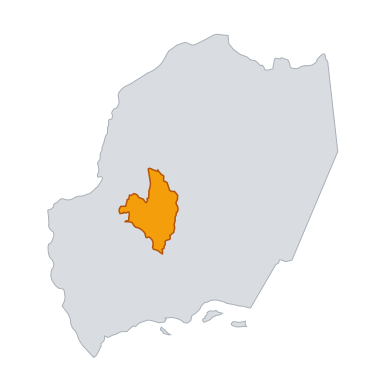 location of Iringa within United Republic of Tanzania, rotated 84°
{"feature_id": "TZA-3386", "entity_name": "Iringa", "entity_type": "Region", "adm_level": 1, "iso_a3": "TZA", "parent_name": "United Republic of Tanzania", "parent_adm1": "", "projection": "albers", "projection_center": [35.62, -7.961], "detail": "fine", "context": "in_parent", "style": "filled", "palette": "amber", "viewbox_px": 384, "rotation_deg": 84, "n_neighbors": 0, "source": "natural_earth", "source_scale": "10m", "svg_char_len": 6039}
<svg xmlns="http://www.w3.org/2000/svg" viewBox="0 0 384 384"><g transform="rotate(84 192 192)"><path d="M138.8,277.1L134.3,274.7L130.2,273.3L126.8,271.7L125.3,270.2L122.2,269.6L119.4,269.4L116.9,267.9L111.8,267.4L111.2,266.5L111.1,264.3L110.2,263.7L108.3,263.2L106.3,263.3L105.0,263.6L104.3,263.4L102.6,262.2L101.0,260.6L100.4,258.0L98.0,256.4L95.3,255.1L87.7,255.3L86.6,254.9L84.7,253.7L82.6,251.5L80.9,249.1L79.4,245.8L77.8,241.3L68.9,223.4L67.9,220.0L66.2,216.3L63.3,211.7L60.3,208.3L56.3,205.2L51.7,202.2L49.2,200.1L44.4,191.7L43.4,187.8L42.6,183.7L42.9,182.0L45.8,176.7L46.0,175.2L45.6,173.2L44.1,169.0L42.2,163.9L38.4,154.7L37.8,152.4L37.8,150.6L39.9,141.1L39.8,139.8L48.6,139.8L54.9,135.6L60.4,129.4L61.5,126.8L63.7,122.8L65.9,120.8L66.8,119.4L68.0,115.4L70.9,112.7L73.7,110.6L73.1,109.2L73.5,108.6L75.1,107.6L78.1,106.6L78.7,104.5L78.6,102.2L78.1,100.9L78.2,99.4L77.7,98.5L75.8,98.3L72.8,97.2L70.3,96.7L68.6,96.1L68.0,95.6L67.7,94.2L69.1,90.5L67.7,89.1L70.6,83.1L71.2,82.3L72.3,82.2L74.1,81.6L75.7,81.3L77.0,81.5L78.0,81.2L78.9,80.5L79.6,78.5L80.2,75.1L79.8,72.3L78.5,70.2L78.1,67.0L78.6,62.6L78.2,59.0L76.7,56.1L75.3,54.4L73.0,53.6L69.5,49.3L68.4,47.1L68.6,45.8L69.8,45.2L72.0,45.4L74.1,44.9L76.0,43.6L77.9,43.3L78.9,43.4L167.0,42.8L269.8,99.5L270.2,100.2L271.0,105.1L270.8,106.8L269.2,109.6L268.7,111.1L268.7,112.1L269.1,112.5L270.4,112.7L271.6,113.3L272.0,113.9L272.8,116.0L274.0,117.1L312.6,145.3L313.5,145.7L312.9,148.0L310.7,153.7L310.5,156.1L309.7,158.9L308.8,160.7L306.5,168.7L304.6,171.7L302.0,178.7L301.6,184.0L303.0,187.8L303.4,191.3L306.4,194.8L308.8,196.1L310.4,197.7L313.2,201.3L314.8,204.9L319.9,206.7L321.9,210.8L321.1,213.6L318.7,215.9L316.5,219.6L314.7,224.5L314.5,232.1L315.8,230.9L318.4,232.8L318.7,238.4L315.9,244.8L315.0,247.8L314.9,250.4L316.8,258.1L319.8,262.1L319.6,263.3L318.8,264.4L324.0,271.4L323.5,277.4L325.4,282.2L326.2,286.3L327.5,289.4L327.7,291.6L326.0,293.9L329.9,294.6L332.1,296.6L333.1,298.5L335.9,298.4L337.3,299.7L339.5,300.8L344.2,304.0L345.5,305.6L346.2,307.1L333.1,316.9L328.3,319.4L324.9,320.5L321.3,321.2L317.9,322.7L314.7,325.1L310.5,326.3L305.5,326.3L300.2,328.0L291.9,333.0L287.0,330.2L283.2,329.2L278.9,329.3L276.2,329.6L275.2,330.3L274.4,332.0L273.7,334.8L270.8,337.6L265.8,340.2L261.1,341.2L256.9,340.5L254.1,339.4L252.6,337.8L250.4,337.1L247.5,337.2L244.7,338.3L242.0,340.4L237.8,341.2L231.9,341.0L228.8,340.0L228.4,338.2L225.8,336.2L221.1,333.9L217.7,333.9L215.5,336.1L213.4,337.5L211.6,338.0L210.0,338.1L207.6,337.5L201.2,337.3L195.0,337.4L194.4,334.2L193.1,332.2L192.0,331.1L189.9,330.8L189.3,329.9L188.6,327.9L187.6,326.2L186.2,324.8L185.4,323.5L185.1,322.3L185.3,321.0L186.6,317.7L187.0,315.5L186.8,313.2L186.1,310.8L184.7,308.0L184.8,307.2L184.3,305.3L184.3,304.0L184.6,302.3L184.3,300.1L183.0,295.4L183.0,294.2L181.7,292.0L177.6,286.6L177.4,285.9L171.0,280.5L168.4,279.4L167.5,280.4L167.1,281.3L167.4,283.1L167.3,283.9L167.0,284.3L165.5,284.3L164.5,284.1L162.1,282.6L160.2,282.3L155.5,282.6L153.9,282.9L152.6,282.6L150.1,280.1L147.2,279.6L144.6,279.5L140.3,276.7L138.8,277.1ZM320.8,187.1L322.8,193.1L322.5,194.2L321.0,194.8L320.3,194.9L319.3,193.9L318.7,191.9L317.5,192.4L315.6,190.0L313.7,189.8L312.0,187.0L312.7,184.5L312.4,180.2L314.5,178.1L315.7,174.4L317.0,176.9L317.3,180.8L319.0,185.4L320.8,187.1ZM331.4,151.8L331.5,153.2L331.1,154.6L331.1,158.8L330.9,161.6L329.3,165.4L328.0,166.8L326.8,166.4L325.9,165.7L325.2,164.7L326.7,157.6L326.0,152.4L329.0,152.9L331.4,151.8ZM326.2,237.5L324.7,237.8L324.1,237.5L323.2,236.3L324.8,235.3L326.4,233.4L330.0,230.6L331.7,228.4L331.5,230.6L329.4,235.4L327.6,235.7L326.2,237.5Z" fill="#d9dde1" stroke="#a8b0b8" stroke-width="1"/><path d="M236.9,220.0L237.5,222.8L238.0,223.6L238.8,224.0L239.2,224.0L239.8,223.9L240.1,223.9L241.4,224.2L242.0,224.5L242.5,224.9L242.7,225.2L242.8,225.3L243.5,225.4L244.0,225.6L244.7,225.7L245.2,225.8L245.3,225.9L245.5,226.0L245.5,227.1L245.6,227.4L245.8,227.7L246.3,227.9L246.7,227.8L247.1,227.6L247.5,227.5L249.1,227.6L249.5,227.8L249.9,227.8L250.4,227.9L249.1,229.7L247.1,231.6L245.8,233.9L244.8,236.4L242.7,237.0L240.3,236.2L237.7,236.0L235.2,236.9L233.2,238.4L232.4,239.3L232.3,239.5L232.3,239.9L232.3,240.4L232.5,240.8L232.7,241.8L232.2,242.6L230.6,242.8L229.7,243.1L228.7,242.8L226.2,244.3L224.1,246.3L222.2,248.7L221.2,251.6L219.2,253.4L216.6,254.5L215.8,255.3L214.8,258.9L214.8,260.2L214.5,261.5L213.9,261.0L213.8,258.6L213.3,257.9L210.2,257.4L207.7,256.7L205.4,256.8L205.3,258.0L205.8,259.1L205.8,260.4L205.1,261.4L205.1,261.8L205.6,262.1L205.9,262.6L205.8,264.6L206.1,265.7L204.1,266.4L201.5,266.2L198.9,264.4L199.2,259.4L192.6,257.1L192.6,255.7L188.6,254.5L189.0,252.6L188.5,251.7L187.9,250.8L187.5,249.7L188.1,248.5L188.8,247.3L189.8,246.4L191.0,246.0L192.0,245.2L192.7,244.0L193.7,241.7L194.4,240.9L195.9,240.4L197.1,239.5L197.8,238.6L197.0,237.8L195.7,237.3L194.4,237.4L193.7,237.3L193.8,236.6L193.5,235.8L186.0,234.6L184.8,234.2L183.8,233.5L179.7,232.5L178.3,232.4L165.4,233.1L164.4,233.0L164.0,232.1L164.2,231.0L164.7,230.0L165.5,229.0L166.1,227.9L166.8,226.1L167.4,225.4L167.8,224.6L167.3,224.1L166.6,223.7L169.0,222.3L171.3,220.7L172.2,219.5L173.1,218.5L174.4,218.5L175.6,218.9L176.9,219.0L178.2,218.8L178.7,218.3L178.7,217.5L180.1,215.8L188.2,214.0L189.3,212.1L189.6,209.4L190.6,208.6L191.8,207.9L192.2,207.5L192.8,207.3L193.3,207.0L193.7,206.6L194.8,206.7L195.9,207.0L197.1,207.1L198.2,207.4L200.9,209.1L203.7,208.6L204.2,208.0L205.0,207.8L206.0,207.8L206.9,207.7L208.2,207.8L209.5,208.2L210.2,208.6L210.5,209.1L210.5,209.6L210.9,209.8L212.2,209.9L213.6,210.4L215.5,211.5L216.5,211.6L217.4,211.5L219.8,212.1L220.1,212.2L220.6,212.5L221.0,212.7L221.5,212.8L222.6,213.2L223.2,213.3L224.8,212.9L225.2,213.0L225.4,213.1L225.7,213.1L226.3,213.1L226.7,213.2L229.2,214.2L229.7,214.2L230.4,214.5L230.7,215.0L230.9,215.6L231.2,216.2L231.3,216.3L231.7,216.6L231.9,216.8L232.3,217.4L232.4,217.6L232.5,217.8L232.6,218.4L232.7,218.6L233.0,218.8L233.4,218.7L234.1,218.5L235.4,218.5L236.1,218.6L236.6,218.9L236.7,219.3L236.9,220.0Z" fill="#f59e0b" stroke="#b45309" stroke-width="1.5"/></g></svg>